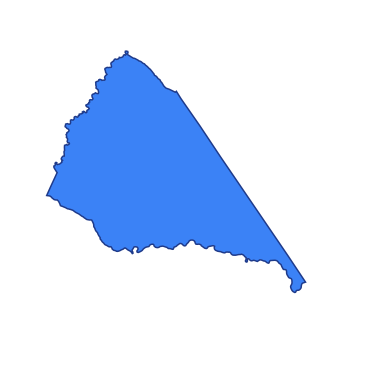 outline of Nova Andradina, Mato Grosso do Sul, Brazil, rotated 300°
{"feature_id": "56859067B45875035456952", "entity_name": "Nova Andradina", "entity_type": "district", "adm_level": 2, "iso_a3": "BRA", "parent_name": "Brazil", "parent_adm1": "Mato Grosso do Sul", "projection": "natural_earth1", "projection_center": [-53.469, -22.068], "detail": "fine", "context": "isolated", "style": "filled", "palette": "blue", "viewbox_px": 384, "rotation_deg": 300, "n_neighbors": 0, "source": "geoboundaries", "source_scale": "gbopen_adm2", "svg_char_len": 5937}
<svg xmlns="http://www.w3.org/2000/svg" viewBox="0 0 384 384"><g transform="rotate(300 192 192)"><path d="M271.4,128.1L270.2,127.8L270.0,126.9L269.6,120.9L269.3,119.4L269.0,117.8L269.1,116.8L269.8,114.4L270.4,113.4L271.7,111.0L271.9,110.1L272.3,109.3L273.0,108.5L273.2,107.2L273.2,106.0L274.2,103.8L274.4,102.8L274.3,101.2L275.0,100.3L275.5,99.6L275.7,98.7L276.1,97.9L277.4,94.5L277.6,93.0L278.3,90.6L278.5,89.5L278.6,88.3L279.0,87.4L279.2,86.5L279.0,85.7L279.0,84.9L279.4,82.8L279.3,81.7L279.0,80.3L279.2,79.5L279.1,76.2L279.0,75.3L278.6,74.5L278.6,73.7L278.6,72.3L278.6,71.2L278.7,70.3L278.7,68.0L279.6,67.0L280.7,66.9L281.6,66.1L281.2,64.7L280.6,63.9L279.5,64.3L279.0,65.1L278.5,66.2L277.3,65.9L277.0,64.7L276.1,64.3L275.2,64.5L274.5,64.5L273.5,63.8L272.6,62.9L272.3,61.7L271.2,61.9L270.0,61.3L269.1,60.4L268.8,59.0L268.0,58.5L266.1,58.6L265.5,58.1L264.6,57.9L264.0,57.5L263.2,57.4L262.4,57.7L260.7,59.4L259.8,59.7L259.2,59.2L258.7,58.3L257.9,57.3L257.5,56.2L255.7,55.0L254.9,55.0L253.4,56.6L252.5,57.3L251.3,59.6L250.1,59.1L248.8,58.8L247.8,58.9L247.2,59.3L246.7,59.9L245.9,60.5L245.2,60.4L244.7,59.7L244.4,59.0L243.6,58.2L243.8,57.3L243.5,55.9L242.6,55.2L241.9,55.6L241.2,55.3L239.8,54.1L238.9,53.7L238.3,54.2L237.3,54.8L236.2,55.5L235.5,56.3L234.8,56.6L234.0,56.9L233.6,59.5L231.9,61.1L231.2,61.5L230.4,61.6L229.8,60.6L229.6,59.6L229.6,58.7L228.5,58.4L227.1,57.2L226.4,56.9L225.3,57.2L224.0,58.4L223.6,59.4L222.8,59.7L221.8,59.4L221.1,57.8L220.5,57.4L219.6,57.6L218.8,58.4L217.7,57.9L216.7,58.5L216.3,57.8L215.2,57.4L214.4,56.7L213.8,56.9L213.3,57.8L213.2,58.8L213.5,59.8L212.8,61.3L211.7,61.1L210.3,60.3L209.6,60.4L208.7,61.0L207.6,60.6L207.6,59.6L207.8,58.6L207.6,57.6L206.7,57.2L206.9,58.0L206.0,58.0L205.1,57.7L204.4,57.1L203.5,55.9L202.9,55.4L202.0,56.1L201.3,55.4L200.3,55.7L199.6,55.5L199.3,54.5L199.3,53.6L198.7,52.9L197.8,52.6L196.7,53.3L195.7,53.4L194.9,53.1L194.4,52.2L194.2,51.4L193.5,50.9L192.2,51.5L191.4,52.2L190.5,52.4L189.6,52.2L189.1,51.2L188.9,49.9L187.6,48.6L186.8,49.0L185.9,49.1L185.1,49.5L185.0,50.8L184.5,51.8L184.6,53.3L184.3,54.1L183.8,54.7L183.1,54.9L182.0,54.6L180.7,54.0L179.9,54.5L178.9,54.2L177.6,55.6L176.6,55.8L176.2,56.9L175.8,57.7L174.6,58.3L173.5,58.5L172.5,59.8L173.1,60.9L172.5,61.7L171.5,61.5L170.2,60.6L170.4,59.6L169.4,59.0L168.7,58.3L167.0,59.1L164.2,60.9L163.2,60.9L162.4,61.3L161.2,62.2L159.3,63.4L158.6,62.4L157.7,62.1L156.1,62.0L155.2,62.2L154.8,63.0L154.7,64.0L153.7,63.7L152.8,64.4L151.8,64.1L151.1,63.7L150.0,63.4L149.3,62.5L148.5,61.8L148.5,60.5L149.7,60.4L149.7,59.4L148.5,59.0L147.8,59.5L147.2,60.0L146.2,60.1L145.4,59.4L144.3,60.1L143.5,61.3L143.0,62.3L141.8,64.5L141.4,65.5L126.2,66.9L116.3,67.9L116.7,69.0L117.3,70.3L117.5,71.5L117.3,72.6L116.8,74.1L116.7,75.3L116.5,76.5L117.0,78.0L117.7,79.4L117.2,81.1L115.7,83.4L115.1,84.1L114.4,84.9L114.6,86.3L114.8,87.1L115.0,89.1L115.2,90.2L115.2,92.5L115.6,93.5L115.9,94.8L116.2,95.8L116.4,97.0L116.6,98.0L116.3,100.3L116.2,101.8L116.4,105.0L116.2,106.9L116.0,108.4L116.0,109.5L116.1,110.3L115.7,111.9L115.8,112.8L115.6,113.6L115.6,114.7L116.5,117.2L117.1,118.1L117.5,119.2L116.3,121.1L115.5,122.2L114.8,123.0L112.8,124.4L112.2,125.6L111.6,126.5L111.0,127.0L110.2,128.3L109.8,129.5L109.5,130.6L108.9,131.1L108.3,132.0L107.7,132.9L106.5,135.4L105.7,135.7L105.1,136.5L104.9,137.5L104.0,139.1L103.5,141.4L103.0,142.4L102.9,143.3L103.1,145.2L103.0,146.5L103.1,147.7L104.1,149.1L103.2,151.0L102.6,151.6L102.4,153.5L102.9,154.9L102.9,156.1L103.3,157.1L104.0,157.9L104.9,158.7L105.6,159.2L106.7,159.8L107.5,160.5L108.2,161.0L109.6,161.5L110.2,162.5L110.1,163.6L109.8,164.9L109.8,166.0L109.9,168.0L109.6,169.5L108.8,171.1L109.4,171.5L110.4,170.8L111.2,169.5L112.1,169.1L113.2,169.3L115.4,169.3L116.1,170.0L116.8,171.7L116.7,172.6L116.1,173.5L115.4,173.9L113.3,173.8L112.5,174.6L112.7,175.6L114.0,176.7L115.0,177.3L115.8,177.8L116.6,178.1L118.6,178.4L120.6,179.3L121.6,180.1L123.2,181.9L123.9,182.0L125.1,182.1L125.9,182.5L126.8,183.5L127.3,184.4L127.1,185.4L126.2,186.3L125.9,188.0L126.2,189.1L126.6,190.0L127.5,191.0L128.7,191.5L130.3,193.4L130.7,194.4L131.5,198.1L131.2,199.7L132.1,201.6L132.6,203.7L133.1,204.3L134.1,204.2L135.3,204.1L136.9,205.4L137.6,205.7L138.3,205.8L141.3,207.2L141.8,208.0L142.0,209.0L141.7,210.4L141.4,211.4L141.7,212.7L142.4,213.3L143.2,213.4L144.3,213.4L146.4,214.0L148.3,214.1L148.9,214.4L149.8,215.1L150.5,216.2L150.8,217.1L150.8,218.3L150.3,219.4L149.4,220.3L148.8,221.5L149.4,222.8L150.3,224.0L150.6,225.0L150.7,226.1L150.1,226.9L150.0,228.3L149.8,230.0L149.7,231.1L149.9,231.9L150.3,232.8L151.2,233.3L152.4,233.3L153.3,233.9L154.5,235.3L155.8,236.7L156.2,237.5L156.3,238.7L155.1,239.0L153.9,239.9L153.4,241.0L153.3,241.8L153.6,244.0L154.6,246.6L154.8,247.5L154.8,248.3L155.1,249.3L155.4,250.3L155.9,251.0L156.6,251.3L157.2,251.9L157.7,252.7L158.1,253.6L158.7,254.6L158.7,255.7L157.9,257.1L157.7,258.5L158.1,259.6L159.2,261.5L161.1,263.6L162.1,265.2L162.9,266.0L163.1,267.4L163.1,268.3L162.4,270.3L162.3,271.6L160.7,272.5L159.9,272.6L159.0,272.7L158.5,273.3L158.7,274.5L159.9,274.5L160.7,274.1L161.3,273.6L162.0,273.6L162.4,274.2L162.4,275.4L162.0,276.2L161.9,277.1L162.3,278.2L163.6,279.4L164.0,280.4L164.5,283.3L167.2,284.7L167.8,286.2L168.1,288.5L168.6,289.7L168.5,291.1L168.3,292.5L168.6,293.8L169.3,294.2L170.5,293.8L171.8,294.1L174.4,298.0L174.9,299.7L174.7,301.0L173.9,302.8L173.7,305.3L172.3,307.1L170.8,309.5L170.8,310.4L171.2,311.0L171.5,311.8L171.5,312.6L170.9,313.3L170.0,313.9L168.8,314.7L168.1,315.4L167.6,316.2L167.2,316.9L166.3,318.5L166.3,319.5L166.5,320.4L166.5,321.5L165.6,322.6L163.9,323.7L163.0,324.2L162.1,324.4L159.9,324.5L159.2,324.8L158.5,325.4L157.8,326.2L156.7,327.9L156.3,329.2L156.3,330.3L156.4,331.3L157.0,331.8L158.7,331.7L159.3,332.1L160.4,333.6L161.2,334.0L162.1,334.3L163.1,334.4L164.1,334.2L165.6,333.5L167.1,333.1L168.1,333.2L168.8,333.7L170.7,335.4L184.8,306.9L236.8,198.9L253.1,166.0L267.3,135.8L271.4,128.1Z" fill="#3b82f6" stroke="#1e3a8a" stroke-width="1.5"/></g></svg>